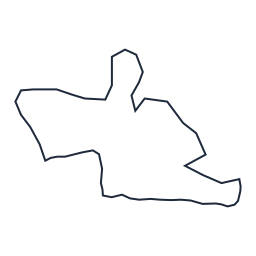 Mousoulita, Cyprus
{"feature_id": "46923920B47977238929858", "entity_name": "Mousoulita", "entity_type": "district", "adm_level": 2, "iso_a3": "CYP", "parent_name": "Cyprus", "parent_adm1": "", "projection": "equal_earth", "projection_center": [33.644, 35.193], "detail": "fine", "context": "isolated", "style": "outline", "palette": "slate", "viewbox_px": 256, "rotation_deg": 0, "n_neighbors": 0, "source": "geoboundaries", "source_scale": "gbopen_adm2", "svg_char_len": 811}
<svg xmlns="http://www.w3.org/2000/svg" viewBox="0 0 256 256"><path d="M45.3,160.7L50.7,157.9L57.2,156.7L64.9,156.7L73.3,154.6L81.7,152.5L87.9,151.3L92.9,150.4L99.0,154.2L102.1,168.8L100.9,183.0L102.5,189.7L102.9,195.5L111.7,197.2L122.0,194.7L130.1,198.4L139.3,199.7L150.4,198.9L160.4,199.7L171.2,200.1L181.1,199.7L190.7,200.5L202.6,203.9L215.7,203.5L221.1,204.3L227.6,206.4L234.5,204.7L238.0,200.9L240.3,191.3L240.6,186.3L239.3,179.1L221.5,183.1L202.8,175.0L185.0,165.8L205.6,154.6L196.2,133.2L183.1,123.0L167.2,101.6L144.7,98.5L135.3,110.8L131.5,95.5L139.0,82.2L142.8,72.0L136.2,54.7L125.0,49.6L111.9,56.8L111.9,73.1L111.9,85.3L105.3,99.6L84.7,98.5L71.6,94.5L56.6,89.4L46.3,89.4L33.2,89.4L21.0,90.4L15.4,101.6L21.0,114.8L30.3,127.1L39.7,144.4L45.3,160.7Z" fill="none" stroke="#1e293b" stroke-width="2"/></svg>